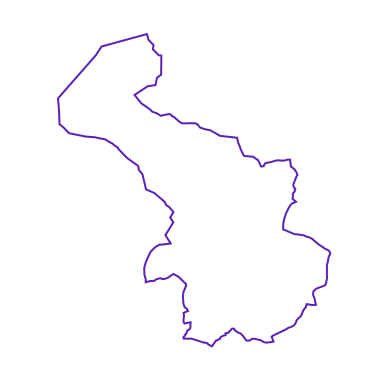 Giwa, Kaduna, Nigeria (Albers equal-area conic projection), rotated 98°
{"feature_id": "59680162B2967434957315", "entity_name": "Giwa", "entity_type": "district", "adm_level": 2, "iso_a3": "NGA", "parent_name": "Nigeria", "parent_adm1": "Kaduna", "projection": "albers", "projection_center": [7.407, 11.046], "detail": "fine", "context": "isolated", "style": "outline", "palette": "violet", "viewbox_px": 384, "rotation_deg": 98, "n_neighbors": 0, "source": "geoboundaries", "source_scale": "gbopen_adm2", "svg_char_len": 3858}
<svg xmlns="http://www.w3.org/2000/svg" viewBox="0 0 384 384"><g transform="rotate(98 192 192)"><path d="M328.8,90.5L324.1,93.0L323.1,91.9L321.7,89.9L320.6,88.3L317.9,84.2L314.7,79.5L313.2,77.8L311.1,73.9L309.6,72.3L307.9,71.3L304.5,70.5L301.8,68.7L299.7,66.9L296.9,66.0L294.2,65.5L293.8,65.3L292.4,64.6L290.6,63.5L288.5,63.0L287.4,62.9L287.1,62.9L287.1,60.1L287.2,57.2L286.5,53.6L282.3,55.2L280.2,55.9L279.3,56.4L278.2,57.2L276.2,58.0L273.2,57.8L270.4,55.4L268.0,51.0L267.9,50.7L265.9,47.3L263.9,46.6L258.1,46.3L255.2,46.9L252.1,47.3L249.2,47.7L247.2,48.0L246.6,48.2L244.9,48.1L242.5,47.8L241.2,47.8L237.4,47.6L237.1,47.6L233.8,46.4L231.4,47.8L230.4,49.9L229.9,51.9L227.6,56.4L227.4,57.0L226.4,59.0L224.9,61.5L224.4,62.3L223.3,64.1L221.8,66.1L220.3,70.7L220.3,72.2L219.3,75.7L219.3,81.3L219.4,83.8L219.5,84.9L218.9,86.6L218.0,90.2L217.6,91.9L217.0,93.7L216.5,96.4L213.4,97.0L209.4,97.2L204.5,96.7L200.3,96.0L194.5,94.1L192.4,93.2L190.6,92.3L189.0,90.7L187.8,88.6L187.2,87.6L184.8,91.5L183.5,91.4L181.7,91.6L180.9,91.7L180.1,91.9L178.8,91.5L177.8,90.7L176.9,90.3L175.6,90.5L174.7,90.1L173.8,91.0L173.2,91.6L171.3,92.6L171.1,92.6L169.9,92.6L167.5,92.1L166.1,91.6L165.2,91.3L163.6,91.2L162.8,90.9L162.7,90.9L160.4,90.0L158.1,91.2L155.1,93.9L152.9,97.7L146.3,99.3L146.6,101.6L147.1,102.9L148.2,105.5L148.5,107.5L148.5,109.4L148.8,112.0L149.8,114.8L151.4,117.8L152.3,121.1L153.5,123.5L155.6,124.5L156.5,124.6L157.1,127.1L151.4,130.9L148.6,136.3L149.0,145.0L148.7,145.8L142.5,150.0L140.8,150.7L136.9,153.1L132.0,154.9L132.5,171.9L128.3,182.5L128.1,187.1L127.8,189.0L127.1,192.9L124.5,195.7L124.2,196.0L123.5,198.4L124.5,205.5L125.4,210.8L124.3,214.1L120.3,220.2L119.7,222.1L119.5,222.5L118.3,223.5L118.0,225.4L118.9,228.3L120.0,231.3L120.9,233.4L118.9,238.0L118.0,242.5L115.6,245.9L111.3,254.5L103.9,262.4L93.5,250.7L91.2,243.0L83.7,242.6L80.2,238.9L61.2,241.3L61.2,244.1L56.1,250.6L51.9,250.5L47.5,256.1L41.9,258.7L60.5,301.8L70.2,306.4L75.2,309.7L117.9,337.7L126.9,335.7L129.4,335.1L143.3,332.6L146.3,327.8L150.9,322.0L151.9,305.0L151.3,295.9L151.8,288.9L151.9,286.2L152.0,284.9L152.9,283.4L155.2,277.3L156.0,276.3L158.6,271.4L159.5,271.0L167.0,261.5L167.4,260.8L168.9,258.1L173.5,249.2L175.2,248.3L177.4,247.9L181.4,243.5L195.8,237.9L198.3,229.0L202.6,222.3L205.6,217.6L208.5,215.7L210.2,212.3L214.5,207.6L220.4,210.0L224.6,206.3L238.4,212.3L245.9,206.0L247.7,212.1L248.6,216.7L251.6,220.6L257.0,224.7L261.5,226.1L266.5,227.6L268.9,228.1L270.6,228.4L274.3,228.7L280.4,227.6L280.9,227.4L285.0,225.6L287.8,225.3L286.0,221.0L285.2,216.8L283.8,215.9L281.7,211.4L282.3,209.4L282.4,209.0L281.8,206.9L280.2,203.8L275.8,199.2L277.9,193.3L279.9,190.7L282.4,187.4L283.6,185.4L285.1,184.8L289.0,185.6L292.5,186.7L294.8,186.4L297.0,186.5L299.2,185.9L303.5,185.0L306.8,183.5L308.2,181.1L310.4,179.4L312.9,183.5L315.4,182.7L320.8,182.6L323.3,181.3L321.1,175.3L326.9,174.7L328.4,175.5L329.1,176.3L329.5,176.8L330.0,177.3L330.6,177.5L331.4,177.7L332.1,177.6L332.5,177.8L333.0,178.2L333.4,178.5L333.8,178.4L334.1,178.5L334.2,178.8L334.6,179.0L334.9,179.0L335.6,179.3L336.0,179.6L336.3,179.9L336.8,180.2L337.2,180.3L338.3,180.0L338.1,178.1L337.9,176.3L337.3,172.1L339.5,159.4L339.4,157.2L339.7,155.6L340.5,155.0L342.1,150.9L340.8,150.1L339.5,149.5L338.0,148.7L335.6,147.4L335.4,146.4L334.7,145.8L333.5,143.8L332.8,143.9L331.4,143.2L330.9,142.3L330.4,141.7L329.7,140.4L329.6,140.1L329.1,138.8L327.2,139.2L326.4,136.5L323.9,134.8L322.9,134.1L322.1,133.6L321.8,133.4L321.5,131.4L323.2,130.0L324.1,128.2L325.1,125.8L325.4,124.4L325.4,124.0L326.3,122.9L327.3,121.7L328.2,120.7L328.3,120.6L329.5,119.5L330.8,118.3L331.5,117.4L331.5,116.8L331.4,116.4L331.2,114.5L330.6,113.8L329.7,112.7L329.0,112.1L328.7,110.1L328.7,109.2L328.8,107.8L329.3,103.1L329.8,101.9L330.3,100.8L330.7,99.6L330.8,96.9L330.3,95.6L329.9,93.7L328.8,90.5Z" fill="none" stroke="#5b21b6" stroke-width="2"/></g></svg>